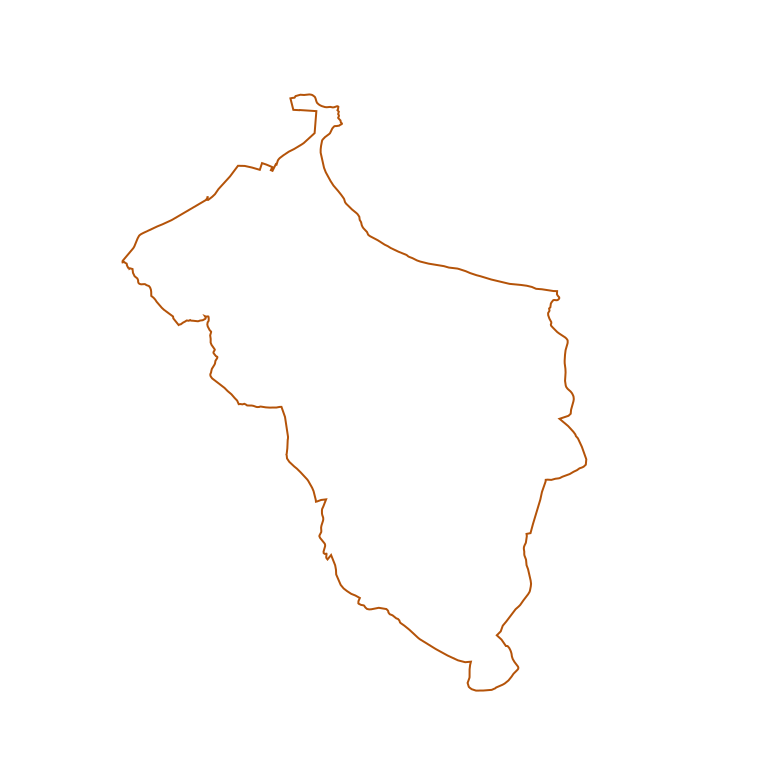 Jaramijo, Manabi, Ecuador, rotated 39°
{"feature_id": "8360857B39254193540064", "entity_name": "Jaramijo", "entity_type": "district", "adm_level": 2, "iso_a3": "ECU", "parent_name": "Ecuador", "parent_adm1": "Manabi", "projection": "orthographic", "projection_center": [-80.625, -0.974], "detail": "fine", "context": "isolated", "style": "outline", "palette": "amber", "viewbox_px": 768, "rotation_deg": 39, "n_neighbors": 0, "source": "geoboundaries", "source_scale": "gbopen_adm2", "svg_char_len": 6165}
<svg xmlns="http://www.w3.org/2000/svg" viewBox="0 0 768 768"><g transform="rotate(39 384 384)"><path d="M460.1,202.9L457.2,205.1L447.1,211.0L442.3,214.3L437.9,215.5L433.1,217.8L428.0,220.9L418.5,227.2L401.6,235.3L391.0,239.6L387.5,241.2L381.1,243.6L376.5,244.9L370.0,247.4L368.4,248.1L361.1,252.7L356.4,254.7L342.9,262.4L335.2,266.0L331.9,267.2L326.8,268.3L323.5,269.4L322.2,269.6L321.2,269.5L320.1,269.6L311.9,272.1L303.6,274.1L300.2,274.5L296.8,275.3L288.7,276.2L280.2,277.9L278.4,278.0L277.6,277.9L275.2,276.6L270.0,275.9L268.4,275.4L266.8,274.6L264.4,272.7L261.8,271.7L259.6,269.6L258.1,269.1L256.4,268.6L254.6,268.5L249.4,268.5L241.0,267.7L239.3,267.2L236.5,265.3L234.9,264.8L231.6,263.9L226.6,262.8L219.9,261.6L215.0,260.0L205.5,256.1L201.3,253.7L189.2,244.1L187.1,241.5L185.2,238.5L182.7,233.8L182.5,232.7L182.8,229.2L184.1,224.1L184.2,223.0L183.0,217.9L183.1,215.3L183.4,214.6L184.7,213.5L186.6,211.4L186.8,210.4L187.6,208.6L187.5,208.2L187.3,208.0L185.9,207.9L184.3,206.6L181.3,206.2L180.9,206.0L180.7,205.7L180.6,204.7L179.9,203.6L178.5,203.1L177.5,200.8L175.5,200.5L175.3,199.2L174.8,198.6L174.1,197.3L173.3,197.3L172.7,197.7L171.0,200.4L170.1,201.3L167.8,202.5L165.4,204.9L163.9,205.9L160.7,207.2L159.0,207.6L157.2,207.8L154.9,207.6L153.6,206.9L151.0,205.1L149.5,204.4L146.6,204.5L145.3,205.0L143.8,205.9L140.0,209.7L137.0,211.8L134.1,215.9L134.3,217.8L132.8,219.3L131.5,220.9L141.0,228.0L146.0,224.4L146.0,224.2L159.7,214.5L172.2,232.7L170.0,247.3L169.3,249.6L166.2,258.1L163.8,263.4L161.9,269.5L160.8,274.0L160.7,275.2L160.8,277.0L162.4,281.1L161.6,281.2L163.2,288.5L161.5,289.0L160.7,285.7L154.5,287.5L150.2,289.1L152.7,295.7L145.1,298.9L138.5,302.2L133.2,306.3L133.7,319.6L132.7,336.7L133.2,342.9L132.7,346.6L131.5,351.6L130.7,352.1L130.0,352.8L130.0,351.7L129.5,349.7L128.7,349.3L129.6,350.5L129.8,352.5L129.6,353.7L117.9,384.8L115.8,390.3L111.4,399.2L108.7,404.1L101.9,418.1L100.9,420.4L100.4,422.2L100.4,423.2L100.9,425.9L103.4,434.2L103.7,436.2L103.4,452.3L103.7,452.3L103.9,452.8L103.9,453.7L104.3,454.0L105.3,452.7L106.9,452.7L108.1,452.4L108.8,452.7L109.4,453.5L110.0,453.7L110.7,454.2L111.4,454.3L111.9,454.7L113.0,454.4L113.6,454.8L113.9,453.9L116.2,452.9L119.0,455.6L122.4,457.2L125.9,457.2L127.7,458.2L128.7,459.4L130.0,460.1L131.1,460.0L132.5,459.4L135.0,457.1L135.9,456.7L137.0,456.7L139.7,455.8L141.5,456.2L143.5,457.4L145.1,458.9L147.7,462.0L150.7,462.0L153.1,462.4L155.6,463.2L163.3,464.6L166.4,464.8L177.6,464.3L179.0,465.6L187.3,467.4L187.6,466.5L188.5,465.5L189.2,462.7L190.0,460.9L190.7,458.8L192.5,457.7L193.1,456.3L194.1,456.2L196.1,454.8L199.7,452.5L200.3,451.9L201.1,450.5L203.0,448.5L204.1,445.8L203.9,444.9L203.5,444.5L202.1,444.0L203.2,443.7L204.7,442.2L205.1,442.1L206.2,443.0L207.6,444.7L208.1,445.8L208.1,447.0L209.2,448.9L210.8,450.2L214.7,451.9L216.6,452.1L216.9,452.3L218.3,455.6L220.9,458.0L223.2,460.9L225.3,462.1L230.8,463.7L231.1,464.3L231.3,466.1L231.6,466.8L232.2,467.3L235.8,468.1L237.3,467.8L237.7,468.1L238.1,469.0L238.4,472.0L239.8,474.5L240.1,475.7L240.7,480.5L241.4,482.1L242.4,484.0L242.8,485.5L243.1,486.0L243.9,486.8L244.7,487.2L246.9,487.8L262.5,487.4L266.9,487.9L271.9,488.0L276.9,488.9L280.3,489.3L283.8,491.1L284.9,490.0L286.8,488.9L287.9,487.3L289.5,486.9L291.2,486.8L294.6,484.1L296.2,483.2L299.3,482.1L300.1,481.6L301.4,480.5L301.8,479.7L302.4,479.1L306.9,476.5L309.7,474.5L315.1,470.1L317.3,467.5L318.7,466.3L327.8,471.9L342.7,485.5L344.0,487.3L344.1,487.7L349.4,494.9L352.2,499.3L352.6,500.3L353.1,500.5L355.5,502.9L359.4,504.1L366.2,504.6L369.5,504.6L374.6,505.1L384.4,506.5L385.9,506.9L393.5,509.9L396.7,511.6L403.9,517.0L405.2,518.3L405.9,517.4L408.1,513.7L411.6,510.1L413.9,517.3L414.6,520.1L415.4,521.4L417.3,523.7L418.4,524.6L420.9,526.2L421.9,527.3L422.6,528.5L424.5,533.4L425.5,535.2L427.8,537.7L428.4,538.6L429.2,542.4L429.7,543.1L431.4,543.9L437.7,545.2L438.7,545.5L439.6,546.2L440.3,547.1L442.5,552.3L443.6,553.4L444.9,553.3L446.1,552.1L446.3,552.2L448.0,554.9L448.8,555.5L450.5,555.9L450.5,550.2L460.1,555.6L463.6,558.6L466.7,562.1L476.8,567.4L481.3,568.3L485.7,568.2L490.6,567.7L494.8,566.4L499.9,565.5L500.8,568.8L502.1,570.6L502.6,570.7L505.2,570.1L507.6,568.8L508.2,568.8L510.1,569.4L512.4,569.5L514.3,568.5L515.7,567.3L520.8,561.2L527.5,557.4L529.4,557.6L530.1,557.8L531.3,558.8L533.3,559.3L536.2,558.4L541.1,558.4L542.7,557.8L544.7,558.1L546.5,559.2L547.4,559.3L551.9,559.0L558.3,559.0L570.1,559.8L572.3,559.8L591.0,557.4L604.3,555.0L615.4,552.2L622.2,549.1L626.3,545.1L627.7,548.1L630.1,551.9L635.0,558.0L635.4,558.8L637.1,563.7L640.5,566.0L642.0,566.1L644.2,566.0L648.4,564.4L654.0,559.8L660.2,553.9L662.0,550.4L662.1,549.4L665.4,543.1L666.3,540.8L667.3,536.1L667.3,531.2L667.0,527.7L667.6,521.8L667.5,520.8L666.8,519.8L666.0,519.3L660.3,517.9L657.1,516.7L654.8,515.2L652.9,513.4L651.5,512.4L650.0,511.5L647.6,510.4L645.2,509.9L644.6,510.1L643.6,510.9L636.2,508.7L629.8,508.3L630.4,502.8L628.4,497.1L628.5,491.7L628.0,476.2L628.7,472.1L628.9,470.0L628.5,464.4L628.3,456.7L627.9,453.8L627.4,452.6L625.5,449.0L624.0,446.7L621.7,444.5L612.4,437.2L608.8,435.1L604.9,431.1L601.1,428.9L600.1,428.0L598.5,426.0L596.4,424.1L595.4,422.7L594.8,421.0L594.2,418.3L593.8,417.5L590.7,412.3L589.1,410.8L591.7,407.7L587.9,399.1L578.2,375.4L574.7,368.5L571.0,358.2L570.0,356.7L571.3,355.4L574.4,353.2L576.8,349.8L579.1,347.4L579.8,346.5L581.0,343.8L585.0,337.1L586.6,332.8L588.2,329.5L589.0,326.5L590.4,324.3L591.2,322.6L591.6,319.7L588.6,315.2L577.3,308.3L568.9,304.2L565.9,303.7L564.5,302.8L561.5,302.0L553.6,300.8L542.3,300.6L547.4,292.6L547.8,289.6L545.6,286.3L542.1,278.2L541.0,276.3L539.3,274.6L538.2,273.9L536.0,272.9L533.8,272.4L529.8,272.2L527.7,271.7L526.3,270.9L522.7,267.6L517.8,260.7L515.4,258.0L511.4,254.2L509.8,252.3L506.3,247.4L503.8,243.4L501.1,237.0L500.5,236.0L499.3,234.6L498.7,234.3L497.2,233.9L495.4,233.8L488.5,234.5L485.9,234.6L479.6,233.9L477.1,233.5L476.3,232.9L475.7,231.4L475.0,230.6L471.4,229.1L468.3,227.2L466.9,225.6L466.5,222.9L464.8,221.4L465.0,219.7L463.1,216.6L462.8,215.2L462.8,212.3L463.4,211.6L465.4,210.3L466.1,209.5L466.4,208.0L466.2,207.0L465.6,206.4L463.3,206.0L461.9,205.4L460.1,202.9Z" fill="none" stroke="#b45309" stroke-width="2"/></g></svg>